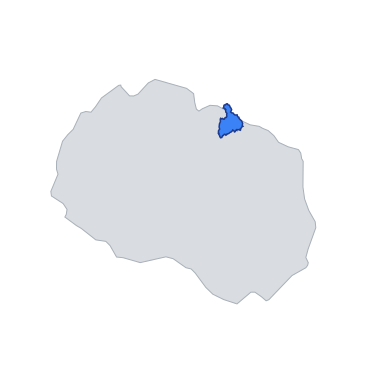 Lipkovo, Lipkovo, North Macedonia shown in context, rotated 40°
{"feature_id": "65306769B52717367250393", "entity_name": "Lipkovo", "entity_type": "district", "adm_level": 2, "iso_a3": "MKD", "parent_name": "North Macedonia", "parent_adm1": "Lipkovo", "projection": "natural_earth1", "projection_center": [21.557, 42.166], "detail": "fine", "context": "in_parent", "style": "filled", "palette": "blue", "viewbox_px": 384, "rotation_deg": 40, "n_neighbors": 0, "source": "geoboundaries", "source_scale": "gbopen_adm2", "svg_char_len": 2877}
<svg xmlns="http://www.w3.org/2000/svg" viewBox="0 0 384 384"><g transform="rotate(40 192 192)"><path d="M174.6,105.9L180.5,106.6L193.3,103.2L201.3,98.5L205.3,97.8L210.8,96.0L218.5,96.2L226.4,98.3L236.5,95.6L246.3,91.1L250.3,92.3L254.6,96.0L257.4,97.0L273.8,116.9L282.8,125.0L293.4,131.1L305.5,135.6L309.8,139.8L317.6,161.0L321.3,169.0L326.5,171.4L327.7,173.8L327.9,176.8L322.3,191.7L320.1,225.1L318.7,227.7L312.6,227.6L304.6,228.3L301.5,230.9L298.4,248.8L285.5,254.0L273.8,256.9L263.9,256.2L246.5,252.0L240.8,251.5L236.0,253.9L220.5,255.2L213.7,258.4L197.7,279.4L181.5,286.6L176.0,290.3L163.6,285.7L157.7,285.2L149.1,290.5L130.3,291.1L125.2,292.0L110.7,292.9L110.1,290.0L107.5,285.7L100.7,283.7L86.9,285.4L83.5,282.3L77.9,264.5L73.5,261.6L68.6,255.6L60.2,236.3L60.0,227.8L60.7,220.4L56.1,203.0L58.9,198.6L63.3,195.8L63.3,188.8L62.2,178.2L67.3,157.4L68.7,155.9L70.0,156.9L82.4,158.5L85.6,155.9L87.7,151.8L88.4,136.5L91.3,129.5L121.2,116.1L130.0,115.6L136.7,121.8L142.1,125.7L145.3,125.6L146.4,121.6L150.1,114.0L156.2,109.6L174.4,105.9L174.6,105.9Z" fill="#d9dde1" stroke="#a8b0b8" stroke-width="1"/><path d="M186.6,106.8L186.0,106.6L185.1,106.0L184.8,105.8L183.8,105.6L183.6,105.6L182.7,105.6L181.7,105.5L181.2,105.4L180.7,105.3L180.7,105.2L180.4,105.0L180.3,104.9L179.9,104.6L179.0,104.9L178.3,104.7L177.9,104.6L177.7,104.5L177.2,104.0L177.1,103.9L176.6,104.3L176.2,104.7L175.9,105.0L175.4,105.3L175.1,105.5L174.6,105.5L174.1,105.4L173.5,105.3L173.1,105.2L172.8,105.1L172.7,105.1L172.0,105.5L171.9,105.7L171.6,105.8L171.3,105.8L170.1,105.9L170.0,105.6L169.9,104.9L169.8,104.3L169.4,103.4L168.3,102.9L168.0,102.7L167.1,102.5L166.8,102.4L166.5,102.4L166.0,102.1L165.3,101.7L164.8,101.6L164.6,101.6L164.4,101.6L164.3,101.8L164.1,101.9L163.6,102.0L163.3,102.0L162.9,102.1L162.7,102.0L162.5,101.7L162.1,101.9L161.7,102.5L161.6,103.0L161.6,103.8L161.2,104.2L160.8,104.5L160.9,104.9L161.0,105.6L161.2,105.9L161.5,106.2L161.6,106.3L161.8,106.7L161.9,106.8L161.8,107.1L161.9,107.4L161.9,107.5L163.7,107.0L164.0,107.4L164.8,107.1L164.9,107.6L166.7,109.1L168.2,109.3L168.8,110.5L170.1,111.7L170.4,112.7L169.9,113.0L169.6,114.2L169.9,115.1L169.5,115.1L169.4,115.9L169.0,116.2L167.8,116.2L167.5,117.2L166.6,117.2L166.8,118.0L168.6,119.9L169.2,122.1L171.0,124.8L172.8,126.1L172.8,127.7L173.4,128.9L173.4,128.7L174.0,129.1L174.2,130.0L175.2,130.0L175.3,130.5L177.0,131.1L177.5,131.6L179.0,132.1L179.6,131.4L179.4,131.2L179.8,130.2L179.2,129.1L179.6,128.7L179.7,128.1L179.6,127.2L180.0,126.7L181.0,126.7L181.1,126.3L181.5,126.5L181.8,125.3L181.6,124.9L182.6,123.6L182.8,122.0L183.4,120.9L183.6,119.2L183.3,118.4L184.5,118.1L185.9,118.7L186.2,118.3L186.0,116.2L186.7,116.0L186.2,115.4L187.6,114.3L188.7,113.9L188.7,113.6L189.3,113.6L189.3,113.2L188.4,113.2L188.3,112.9L188.6,112.1L188.4,109.8L188.8,108.9L187.8,108.8L186.6,106.8Z" fill="#3b82f6" stroke="#1e3a8a" stroke-width="1.5"/></g></svg>